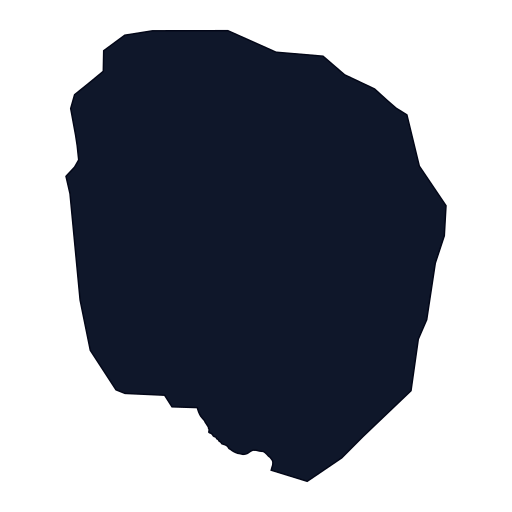 outline of Baruunbayan-Ulaan, Övörhangay, Mongolia
{"feature_id": "93677404B73529031931422", "entity_name": "Baruunbayan-Ulaan", "entity_type": "district", "adm_level": 2, "iso_a3": "MNG", "parent_name": "Mongolia", "parent_adm1": "Övörhangay", "projection": "mercator", "projection_center": [101.468, 45.195], "detail": "fine", "context": "isolated", "style": "filled", "palette": "ink", "viewbox_px": 512, "rotation_deg": 0, "n_neighbors": 0, "source": "geoboundaries", "source_scale": "gbopen_adm2", "svg_char_len": 1441}
<svg xmlns="http://www.w3.org/2000/svg" viewBox="0 0 512 512"><path d="M323.0,56.2L276.0,52.2L227.9,30.7L152.6,30.8L124.8,35.2L103.7,50.7L103.3,71.3L90.1,82.2L74.6,94.7L70.7,108.5L75.6,135.2L77.2,145.7L78.7,159.9L74.6,167.1L66.0,176.3L70.0,193.7L80.1,300.0L90.3,350.3L116.0,389.8L125.0,393.4L164.6,395.2L172.0,406.8L197.3,407.6L197.9,409.7L198.6,411.8L199.7,414.3L200.7,416.1L202.4,418.2L204.5,420.6L205.4,422.5L206.2,423.6L207.2,425.2L208.4,427.0L208.5,428.1L209.2,429.6L209.0,430.9L208.8,432.1L209.4,432.7L210.7,433.2L211.5,433.6L212.1,434.2L212.7,434.9L213.2,435.8L214.3,436.6L215.3,436.8L216.1,437.4L216.6,438.4L217.0,438.9L217.9,439.3L218.6,440.1L219.0,441.0L220.1,441.7L221.0,442.4L221.8,443.7L223.8,444.4L225.2,444.8L226.5,445.5L227.7,446.5L229.0,448.5L231.0,449.7L232.0,450.5L233.6,451.5L235.4,452.4L237.7,453.3L239.7,453.6L241.4,454.0L242.6,454.3L243.9,454.3L245.1,454.1L245.9,453.9L246.9,453.6L247.7,453.2L248.6,452.6L249.7,451.8L250.7,451.2L252.0,450.5L253.3,450.1L254.6,450.2L255.9,450.2L257.3,450.5L259.3,451.0L261.6,451.3L263.2,451.4L264.2,452.0L265.2,452.7L266.9,454.3L268.5,456.1L270.2,457.4L271.4,459.0L272.4,460.4L272.8,461.7L272.9,462.8L272.7,465.1L271.9,467.6L271.2,470.2L307.2,481.3L341.7,457.9L363.1,436.4L411.0,390.7L418.3,339.1L426.7,319.7L435.3,263.1L444.3,235.8L446.0,205.7L419.3,166.1L406.9,114.9L396.0,108.1L386.7,100.0L374.6,89.0L344.6,74.8L323.0,56.2Z" fill="#0f172a" stroke="#020617" stroke-width="1.5"/></svg>